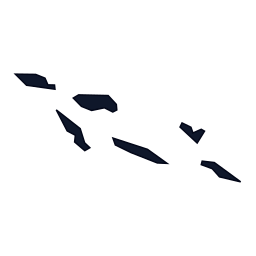 SVG path tracing the border of Solomon Islands, rotated 170°
{"feature_id": "SLB", "entity_name": "Solomon Islands", "entity_type": "country or territory", "adm_level": 0, "iso_a3": "SLB", "parent_name": "Oceania", "parent_adm1": "", "projection": "albers", "projection_center": [159.585, -9.221], "detail": "coarse", "context": "isolated", "style": "filled", "palette": "ink", "viewbox_px": 256, "rotation_deg": 170, "n_neighbors": 0, "source": "natural_earth", "source_scale": "50m", "svg_char_len": 739}
<svg xmlns="http://www.w3.org/2000/svg" viewBox="0 0 256 256"><g transform="rotate(170 128 128)"><path d="M140.2,146.4L147.7,152.0L160.8,151.6L170.1,157.4L176.7,167.0L170.9,169.2L141.9,163.4L135.4,153.3L135.9,147.7L140.2,146.4ZM174.5,113.2L183.0,123.5L181.1,130.0L188.4,135.7L195.5,158.3L175.2,135.7L173.3,121.0L169.0,115.2L174.5,113.2ZM144.6,120.7L112.5,103.6L95.7,86.4L105.2,88.5L129.2,103.2L143.4,113.5L144.6,120.7ZM193.2,178.9L220.5,187.7L229.6,200.6L209.6,196.8L201.1,191.5L199.4,184.4L192.9,183.1L193.2,178.9ZM62.2,79.2L60.7,82.5L49.0,79.0L26.4,55.4L46.4,64.0L52.1,73.3L62.2,79.2ZM62.5,101.2L76.6,119.9L73.9,123.6L65.9,117.8L64.9,111.8L56.1,114.0L53.2,111.6L62.5,101.2Z" fill="#0f172a" stroke="#020617" stroke-width="1.5"/></g></svg>